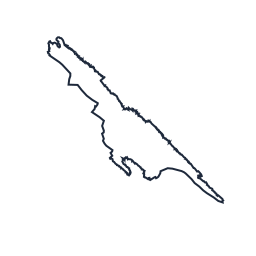 outline of Rangamati, Chittagong, Bangladesh, rotated 323°
{"feature_id": "16705992B35610473312733", "entity_name": "Rangamati", "entity_type": "district", "adm_level": 2, "iso_a3": "BGD", "parent_name": "Bangladesh", "parent_adm1": "Chittagong", "projection": "equal_earth", "projection_center": [92.168, 22.796], "detail": "fine", "context": "isolated", "style": "outline", "palette": "slate", "viewbox_px": 256, "rotation_deg": 323, "n_neighbors": 0, "source": "geoboundaries", "source_scale": "gbopen_adm2", "svg_char_len": 5958}
<svg xmlns="http://www.w3.org/2000/svg" viewBox="0 0 256 256"><g transform="rotate(323 128 128)"><path d="M158.8,244.4L159.4,243.2L160.4,243.1L160.3,242.3L160.7,241.5L159.5,235.9L159.3,235.6L158.7,235.8L158.8,235.1L158.4,234.9L159.1,233.5L158.5,232.7L158.7,231.2L158.4,231.0L158.5,230.3L157.8,228.4L158.5,228.0L158.7,227.2L157.2,224.6L157.5,223.3L156.8,221.0L157.4,220.8L157.7,218.4L156.8,218.0L156.6,216.1L156.1,215.9L155.2,211.7L154.0,210.2L154.3,209.4L155.3,209.3L155.5,208.3L156.7,208.8L156.4,209.8L156.9,210.6L158.0,210.8L158.5,209.0L158.3,205.8L158.1,204.7L157.0,204.4L157.0,200.8L156.7,199.6L156.3,199.4L156.6,194.5L156.1,194.1L156.2,193.4L155.7,192.8L155.9,192.4L155.7,192.0L156.2,191.9L156.2,191.4L155.8,191.2L156.0,190.9L155.7,190.7L155.9,189.1L155.7,188.6L155.9,188.5L155.7,188.5L155.7,187.9L155.4,187.5L155.6,187.5L155.4,186.9L155.7,186.3L155.1,185.0L154.9,181.7L154.5,181.5L154.3,180.2L154.0,180.2L154.1,179.1L153.7,178.9L153.7,177.2L153.4,176.8L153.7,176.4L153.3,176.0L153.6,175.5L153.0,175.5L153.2,174.5L152.9,173.8L153.4,173.5L152.9,173.2L153.3,173.1L153.3,172.6L152.8,171.3L152.9,169.9L152.5,168.9L152.5,165.7L152.2,165.5L152.2,164.9L152.8,164.5L152.1,164.5L152.7,164.1L152.5,163.8L152.9,163.1L152.5,163.0L152.9,162.6L152.5,162.2L152.2,162.6L152.4,162.1L151.8,160.7L152.0,160.6L151.7,159.9L151.9,159.2L151.6,158.7L151.1,158.7L151.0,157.4L150.2,156.9L150.8,156.2L150.7,155.2L151.2,155.4L151.7,155.0L151.7,153.7L151.4,153.8L151.2,153.4L151.8,153.2L151.5,153.2L151.5,151.9L151.0,151.5L151.0,150.8L151.3,151.0L151.4,150.5L150.9,150.2L151.0,149.4L150.7,149.4L151.2,148.5L151.2,147.8L150.6,147.8L150.4,146.9L150.4,145.9L150.7,145.7L150.4,145.1L150.4,144.6L150.8,144.6L150.8,143.8L150.3,142.8L149.5,138.5L149.7,136.8L149.1,136.0L149.4,135.5L148.9,135.6L148.7,134.7L148.4,135.0L147.6,134.3L147.4,134.5L147.1,133.9L145.8,133.9L146.3,133.0L145.8,132.3L145.9,130.6L145.6,129.3L145.4,129.5L145.6,127.8L144.9,126.7L145.1,126.2L144.8,125.8L144.6,126.4L144.4,125.0L143.9,124.8L144.3,124.4L144.0,124.1L144.7,123.5L143.8,122.0L144.7,122.2L144.3,121.7L144.5,121.0L144.2,121.0L144.9,120.5L144.4,120.1L144.6,119.7L143.8,119.5L144.0,118.6L144.5,118.5L143.4,117.8L143.5,115.6L143.2,115.2L142.1,116.7L142.0,115.9L140.9,113.9L140.7,112.5L140.1,113.2L139.3,112.7L139.1,113.5L138.7,112.7L139.1,112.0L138.8,111.3L136.8,111.4L136.7,110.6L136.4,110.5L136.7,110.4L136.5,110.0L136.9,108.6L136.5,107.7L136.9,107.6L136.6,107.4L136.6,106.3L137.1,105.6L137.1,104.8L137.5,104.8L137.3,102.5L137.5,101.4L137.1,101.1L137.6,99.2L137.3,98.5L137.8,97.7L138.2,95.6L137.4,93.7L137.6,93.1L137.2,92.6L137.1,92.0L136.7,92.2L136.2,90.7L135.6,90.6L135.1,89.9L136.0,86.9L135.0,86.1L135.4,84.7L135.1,84.5L135.7,83.3L135.0,80.7L134.8,80.6L135.4,80.1L134.7,79.7L134.7,75.0L134.4,73.7L134.0,73.6L139.1,73.4L139.0,73.2L139.3,73.0L138.9,72.8L138.5,71.8L138.8,71.1L138.0,70.6L137.9,69.8L138.4,70.0L137.8,67.9L137.2,67.5L137.6,64.9L136.7,64.0L136.7,63.2L136.3,63.4L136.0,62.8L136.0,63.5L135.7,62.8L136.4,61.7L136.7,59.9L137.2,59.3L137.1,58.8L136.8,58.7L137.0,58.0L136.1,57.4L136.2,56.6L135.6,57.5L134.9,56.7L135.7,55.8L134.6,55.7L135.1,54.5L134.7,54.6L134.6,53.4L134.6,52.7L134.8,53.2L135.1,52.8L135.0,52.0L134.1,51.7L134.0,49.2L133.6,49.0L132.8,49.8L132.5,47.7L132.2,47.4L132.8,46.4L132.4,46.6L132.1,46.1L132.5,46.0L132.7,45.2L131.3,44.5L131.6,44.1L131.9,44.3L131.8,43.7L132.1,43.6L131.2,42.6L131.7,42.2L131.3,41.7L131.6,41.7L131.5,41.0L131.8,40.9L131.5,40.6L131.6,39.5L131.2,39.4L131.3,38.9L131.0,39.2L130.9,38.5L131.4,37.8L131.0,36.9L130.3,36.7L130.7,35.8L130.6,34.7L130.7,34.2L131.0,34.3L130.4,33.1L130.6,32.4L130.2,32.0L130.5,31.5L129.8,29.6L129.4,30.2L129.1,29.3L128.7,29.0L128.6,26.7L129.4,26.1L128.8,25.2L128.0,25.0L127.8,25.7L127.6,24.9L128.1,24.0L127.3,23.6L128.9,18.8L128.8,16.2L127.8,15.2L127.7,14.3L126.6,13.4L125.1,13.5L124.3,13.9L123.9,14.8L124.4,17.1L123.9,17.3L123.5,18.3L123.6,20.4L122.6,22.2L121.6,22.2L121.6,21.5L121.2,21.2L121.1,19.9L121.8,18.3L121.2,16.4L120.8,15.7L119.3,15.1L118.5,15.5L118.4,14.4L117.8,13.6L118.0,11.8L117.1,11.6L116.4,12.2L115.4,12.4L115.0,14.0L113.7,15.6L113.6,17.0L113.1,17.5L112.7,17.1L112.0,17.8L111.4,19.3L109.8,18.9L109.2,20.4L109.6,21.1L109.5,22.8L109.0,22.9L112.8,34.2L113.6,37.9L114.8,49.7L113.2,51.8L110.5,53.6L106.6,57.6L113.7,63.3L113.8,69.9L114.5,77.3L116.4,84.0L118.8,90.0L117.7,90.9L115.3,91.6L114.9,90.8L112.8,92.7L108.8,93.6L111.8,102.2L113.1,107.7L108.6,110.8L107.1,115.6L105.9,116.9L103.9,116.9L102.2,122.0L100.3,123.2L99.9,126.4L100.0,129.1L102.3,136.3L101.2,137.2L99.1,137.4L98.7,140.7L95.5,141.0L95.3,142.0L96.4,142.4L96.9,143.5L95.9,145.5L96.5,146.8L96.5,149.0L97.1,150.5L96.8,151.0L97.8,152.3L97.7,153.1L98.1,153.2L98.2,154.7L98.7,155.1L98.7,156.0L98.4,156.2L98.8,156.4L99.3,158.3L99.1,158.8L99.6,160.1L99.8,161.5L99.5,161.9L100.0,162.1L100.2,163.3L99.8,163.4L99.4,164.9L99.9,165.5L100.3,165.2L101.2,165.5L100.4,165.7L100.4,166.4L102.1,166.0L102.6,165.7L102.7,164.7L103.6,164.4L103.7,163.5L104.1,163.1L103.8,162.0L104.7,160.9L104.1,159.9L104.2,158.9L103.5,158.3L103.8,155.8L103.4,155.7L103.5,155.3L102.8,154.2L103.3,151.3L105.1,150.6L105.0,149.9L105.6,149.6L105.6,149.1L105.9,149.6L105.9,150.5L106.4,150.6L106.3,151.1L106.9,150.4L107.4,150.6L107.7,150.1L108.6,150.1L108.7,150.8L109.6,150.8L109.1,152.7L109.6,152.6L110.0,153.6L110.9,154.1L111.8,155.6L111.8,156.6L111.3,157.1L112.0,157.3L112.1,160.6L112.8,160.5L113.5,162.6L113.5,164.2L114.0,165.2L114.1,166.5L114.4,166.9L114.1,167.5L114.5,168.7L114.0,169.4L115.1,170.5L115.0,171.6L115.3,172.1L114.9,172.2L114.7,172.8L113.9,172.8L113.5,173.8L112.9,173.8L113.1,174.7L111.3,176.6L111.8,177.8L112.2,177.9L113.2,180.8L114.3,180.3L115.1,180.7L114.8,181.2L115.0,182.2L114.3,182.5L114.4,182.9L119.5,183.3L120.4,183.6L120.2,185.0L121.3,185.2L122.9,185.2L126.5,183.6L128.0,182.1L135.5,184.0L139.0,187.2L144.9,194.7L146.1,197.0L146.7,199.0L148.0,207.1L148.1,212.1L149.7,217.7L150.5,223.0L151.8,227.5L154.7,235.1L156.2,240.6L158.8,244.4Z" fill="none" stroke="#1e293b" stroke-width="2"/></g></svg>